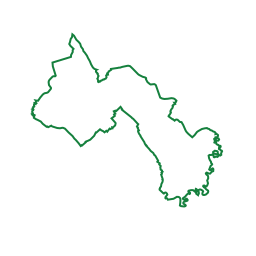 Khu Mueang, Buri Ram, Thailand (Robinson projection), rotated 130°
{"feature_id": "78962969B7360435516944", "entity_name": "Khu Mueang", "entity_type": "district", "adm_level": 2, "iso_a3": "THA", "parent_name": "Thailand", "parent_adm1": "Buri Ram", "projection": "robinson", "projection_center": [103.038, 15.283], "detail": "fine", "context": "isolated", "style": "outline", "palette": "green", "viewbox_px": 256, "rotation_deg": 130, "n_neighbors": 0, "source": "geoboundaries", "source_scale": "gbopen_adm2", "svg_char_len": 5747}
<svg xmlns="http://www.w3.org/2000/svg" viewBox="0 0 256 256"><g transform="rotate(130 128 128)"><path d="M171.4,156.0L172.2,152.7L171.1,152.6L171.1,152.0L166.2,151.2L166.1,151.6L165.3,151.5L163.8,150.6L161.2,149.4L155.7,148.9L152.1,149.8L151.9,149.3L147.0,148.6L146.9,146.8L146.4,145.1L146.4,143.2L144.1,142.8L144.2,141.5L140.3,141.7L140.1,140.7L139.2,140.5L138.3,139.7L137.6,140.5L137.3,139.9L134.3,139.5L132.5,140.4L132.1,140.9L131.2,146.8L127.2,145.9L126.6,147.4L125.2,146.9L124.3,149.6L123.4,149.2L122.9,148.8L122.9,148.5L122.5,148.4L122.5,147.9L116.6,147.3L117.4,144.4L117.9,144.4L117.6,132.2L117.8,131.0L117.6,130.0L118.5,123.4L118.5,122.6L121.1,122.1L121.3,120.8L121.7,120.8L122.6,118.7L122.9,118.7L122.9,118.1L124.0,118.2L124.6,117.3L125.4,115.5L125.8,113.6L126.2,113.3L128.4,106.3L129.2,105.0L129.6,103.5L129.4,103.4L129.6,102.4L129.9,102.5L130.4,98.5L131.0,95.8L130.9,92.6L131.8,90.4L131.6,89.5L133.7,83.9L135.0,83.8L134.7,81.0L135.8,80.7L136.1,78.5L137.4,78.0L137.8,77.3L138.6,76.7L138.9,76.2L138.7,74.7L139.2,74.2L139.3,73.4L140.6,73.7L141.1,72.7L141.9,72.4L142.4,72.6L144.7,68.8L145.0,68.4L145.4,68.4L145.4,68.1L145.9,67.6L147.2,66.9L149.5,66.4L151.6,65.1L153.1,65.1L153.6,64.7L154.5,64.6L155.0,64.0L155.3,58.7L155.2,58.4L154.3,58.4L153.4,57.9L153.1,57.3L153.2,56.0L153.8,55.0L156.7,54.9L157.6,54.4L157.7,53.9L157.2,53.7L156.8,52.7L157.3,51.4L152.9,47.6L149.3,46.3L148.5,45.3L148.1,44.2L148.2,43.2L148.8,42.1L151.2,40.2L154.0,38.4L153.8,37.2L152.0,34.5L150.9,33.8L150.2,34.0L150.0,34.7L150.3,36.8L150.0,37.4L149.4,37.7L148.3,37.6L146.7,36.5L145.5,35.8L144.8,36.0L144.4,37.5L144.8,38.0L146.1,38.2L146.8,39.0L147.1,39.9L146.6,40.7L146.1,40.7L144.0,40.1L141.0,40.1L139.6,39.8L139.1,39.5L139.0,38.5L138.4,38.3L137.8,38.8L137.9,40.9L137.5,41.2L137.0,41.2L135.0,39.7L133.8,38.2L133.7,34.4L134.5,33.5L134.4,31.2L133.6,31.6L132.8,31.5L131.5,32.7L131.4,33.2L132.5,34.4L132.7,35.1L131.8,36.6L131.0,36.9L130.8,36.3L131.1,35.4L131.0,34.9L130.4,34.2L128.8,33.4L128.3,32.4L128.0,30.5L128.3,29.7L129.7,29.3L130.7,28.7L131.0,28.0L130.9,27.3L130.4,26.6L129.0,25.6L126.3,25.2L125.2,25.6L124.5,26.4L124.7,28.7L124.4,30.5L124.6,31.8L124.3,33.0L123.7,33.2L123.0,32.6L122.7,30.7L122.3,30.3L120.7,30.5L118.9,31.2L117.3,33.6L115.0,34.2L113.7,35.4L113.2,36.2L113.2,38.3L112.7,39.2L111.9,39.2L111.5,39.0L110.9,36.7L110.2,35.8L107.6,35.7L106.3,35.0L104.7,36.1L104.4,36.7L104.6,37.3L105.2,37.5L107.0,37.4L107.5,38.0L107.6,39.1L104.1,40.3L102.3,40.1L101.7,40.2L101.4,40.9L101.4,41.8L100.5,42.8L100.0,44.6L99.0,46.5L97.3,48.5L96.2,48.2L95.2,46.9L93.6,46.1L93.5,45.7L94.3,45.0L94.4,44.2L95.0,43.8L95.1,43.4L94.8,42.9L93.2,42.3L92.8,41.0L92.3,40.8L91.0,40.9L90.5,42.4L90.5,42.8L91.2,43.3L91.8,44.8L92.3,45.3L92.2,46.9L91.6,47.4L89.6,46.9L88.5,44.9L88.6,43.9L90.0,42.7L89.9,41.9L90.1,40.1L89.8,39.6L88.6,39.3L87.6,40.4L85.3,41.0L85.1,41.5L85.5,42.2L85.2,43.5L85.7,44.4L85.6,44.9L84.7,45.5L83.8,45.0L83.0,44.9L82.5,45.2L82.3,45.6L82.5,46.2L83.3,46.6L82.9,48.0L83.3,48.7L83.4,50.0L82.4,51.2L82.4,51.5L83.5,52.1L83.6,52.5L82.0,53.1L81.3,54.6L80.9,55.0L79.6,54.7L78.9,55.0L78.6,54.3L78.7,54.0L80.7,53.4L80.7,51.9L79.6,50.7L78.3,50.8L77.8,51.9L78.2,53.0L78.0,53.5L77.4,54.0L76.2,53.9L75.5,54.7L75.6,56.5L76.5,57.1L75.5,57.8L75.3,59.1L75.9,60.5L76.1,62.4L76.7,63.5L76.6,65.1L77.4,67.0L77.3,67.5L78.8,68.9L81.2,70.7L85.2,72.2L86.8,72.6L90.7,72.4L93.8,72.8L93.7,78.1L93.4,80.6L93.0,82.0L90.2,87.7L89.1,90.8L90.0,92.1L89.8,95.3L90.5,96.5L91.3,96.9L92.4,97.0L92.4,99.3L92.7,99.5L93.0,104.4L92.1,104.8L91.3,104.6L88.7,105.0L88.4,105.9L87.8,106.0L87.4,106.5L85.8,106.8L84.1,106.8L82.5,107.5L82.4,108.1L81.3,108.2L79.3,107.3L78.9,108.6L78.5,108.0L76.9,108.1L76.8,108.5L75.9,108.6L75.8,111.1L76.2,112.3L77.2,113.9L80.0,116.3L82.4,118.8L83.5,120.8L84.0,122.9L77.3,134.2L77.3,135.4L77.5,136.1L80.1,138.6L80.3,139.4L80.3,142.6L79.2,145.4L78.9,145.8L78.2,146.1L78.1,146.4L78.3,147.5L79.3,149.6L80.2,153.5L80.3,154.8L79.5,162.8L79.3,166.1L79.9,167.5L80.7,168.4L84.9,171.7L87.0,173.0L87.5,173.7L88.6,174.5L93.7,179.0L94.3,178.3L97.2,179.2L97.9,178.8L98.9,178.9L99.9,177.7L100.2,178.1L100.2,178.7L101.1,178.2L101.8,178.5L103.0,177.0L104.5,176.8L105.5,177.4L106.0,177.4L106.6,178.1L107.1,178.1L107.5,178.5L108.6,178.7L109.5,179.4L110.0,179.2L110.5,179.3L110.6,179.7L111.7,180.0L111.8,180.7L110.7,181.5L109.9,183.2L109.1,183.2L108.2,183.8L107.1,184.0L106.2,186.2L105.8,186.2L105.6,187.2L105.7,188.0L105.4,188.5L105.4,188.8L104.3,189.6L103.9,189.7L103.5,189.5L104.3,191.7L104.2,193.8L103.0,197.1L101.4,200.1L100.1,203.6L99.0,205.9L98.0,209.7L97.8,211.5L96.6,213.2L95.9,216.2L94.2,218.8L93.8,221.1L93.6,224.3L92.0,228.7L92.0,230.8L94.4,229.3L96.7,229.1L99.4,227.7L101.4,227.0L102.1,224.8L102.4,220.6L104.0,220.4L105.3,219.2L108.7,218.5L110.2,217.4L126.4,227.9L129.1,225.2L134.4,217.0L135.1,217.0L136.3,218.4L137.1,218.8L141.4,219.1L143.1,218.8L144.1,218.1L145.9,216.1L146.7,212.9L147.4,212.3L152.0,212.2L153.1,212.7L155.1,214.3L157.1,214.8L161.2,214.8L164.9,214.4L165.2,215.0L165.6,215.2L166.3,216.5L166.6,215.6L167.9,215.2L167.9,214.8L168.5,215.1L168.8,215.5L169.1,214.9L169.3,215.4L169.5,215.2L169.3,214.8L169.7,215.0L170.2,214.7L170.5,215.0L171.2,214.4L172.1,214.1L172.1,213.8L172.8,214.1L173.1,213.7L174.0,213.8L174.4,212.9L174.8,213.1L174.7,212.7L174.8,212.4L175.1,212.5L175.3,212.3L175.6,212.7L177.1,211.9L177.6,210.8L177.8,210.5L178.2,210.7L178.1,210.0L178.5,209.7L178.9,209.8L178.6,209.0L179.4,209.3L179.4,208.9L179.6,208.1L179.3,207.8L179.7,207.8L180.0,207.4L179.8,207.1L180.7,206.6L180.4,204.1L179.9,202.5L179.1,198.9L179.6,196.0L179.4,191.2L178.8,191.0L178.7,189.7L175.6,188.3L175.7,187.8L175.3,186.5L173.5,182.2L171.9,179.9L170.1,178.5L169.5,177.6L169.0,175.8L169.6,170.6L169.8,165.3L170.6,162.3L170.7,160.3L171.4,156.0Z" fill="none" stroke="#15803d" stroke-width="2"/></g></svg>